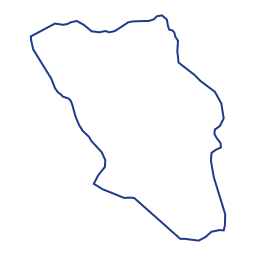 SVG path tracing the border of Chahar Mahall and Bakhtiari
{"feature_id": "IRN-3218", "entity_name": "Chahar Mahall and Bakhtiari", "entity_type": "Province", "adm_level": 1, "iso_a3": "IRN", "parent_name": "Iran", "parent_adm1": "", "projection": "orthographic", "projection_center": [50.632, 31.874], "detail": "fine", "context": "isolated", "style": "outline", "palette": "blue", "viewbox_px": 256, "rotation_deg": 0, "n_neighbors": 0, "source": "natural_earth", "source_scale": "10m", "svg_char_len": 974}
<svg xmlns="http://www.w3.org/2000/svg" viewBox="0 0 256 256"><path d="M162.0,15.4L166.8,19.5L168.0,26.0L169.2,29.6L172.4,30.4L174.3,32.5L175.3,36.7L178.0,40.8L177.3,51.3L178.6,62.6L194.1,74.6L200.6,81.1L214.9,91.8L221.3,103.4L223.7,118.4L219.8,126.1L214.9,129.5L214.4,133.9L216.9,138.4L220.6,143.1L220.9,147.5L215.8,149.8L211.6,152.8L210.9,160.5L213.7,176.9L225.2,214.2L224.9,225.4L223.7,230.4L219.5,230.1L211.5,231.7L205.4,237.1L198.7,240.6L184.5,238.8L180.3,238.9L134.3,198.1L130.5,197.6L124.1,197.9L102.5,189.2L93.8,183.8L98.2,175.3L104.9,166.9L105.3,160.2L101.7,152.2L91.3,140.9L88.9,136.7L82.9,131.1L79.1,125.1L75.5,116.5L72.2,104.4L70.6,100.6L68.6,98.5L62.8,96.6L61.1,94.6L58.0,92.3L55.1,88.4L51.3,78.7L33.2,49.4L31.2,40.7L30.8,36.4L54.9,23.6L63.2,24.8L67.5,24.0L71.3,22.1L76.8,21.0L84.2,25.1L91.6,31.3L99.5,32.3L105.5,31.0L109.2,32.3L114.8,31.1L128.3,22.3L133.1,21.4L149.1,20.9L154.1,19.2L156.8,16.3L162.0,15.4Z" fill="none" stroke="#1e3a8a" stroke-width="2"/></svg>